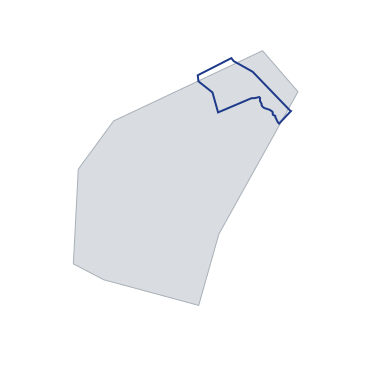 where Saint Peter sits in Barbados, rotated 66°
{"feature_id": "BRB-1997", "entity_name": "Saint Peter", "entity_type": "Parish", "adm_level": 1, "iso_a3": "BRB", "parent_name": "Barbados", "parent_adm1": "", "projection": "robinson", "projection_center": [-59.597, 13.271], "detail": "fine", "context": "in_parent", "style": "outline", "palette": "blue", "viewbox_px": 384, "rotation_deg": 66, "n_neighbors": 0, "source": "natural_earth", "source_scale": "10m", "svg_char_len": 872}
<svg xmlns="http://www.w3.org/2000/svg" viewBox="0 0 384 384"><g transform="rotate(66 192 192)"><path d="M236.3,308.3L209.4,329.6L124.9,286.6L95.2,234.7L91.6,70.1L143.5,54.4L241.4,184.6L298.3,232.0L236.3,308.3Z" fill="#d9dde1" stroke="#a8b0b8" stroke-width="1"/><path d="M158.3,68.7L164.9,84.6L163.3,85.2L157.8,85.4L156.5,85.1L156.4,85.0L156.2,85.0L154.6,86.6L154.1,86.6L153.6,86.6L153.3,86.3L153.0,86.2L152.5,86.1L152.0,85.8L150.7,86.2L148.5,87.6L144.5,92.0L142.3,93.0L140.8,93.1L140.3,92.7L140.0,92.6L139.7,92.6L139.4,92.7L139.1,92.7L138.4,92.6L138.0,92.6L137.6,92.7L137.1,92.9L136.6,92.9L135.8,92.6L135.2,92.3L134.6,92.0L134.3,91.7L134.0,91.6L133.8,91.5L133.5,91.6L133.2,91.8L132.6,92.0L131.7,96.7L130.5,99.5L129.9,135.8L109.4,132.8L93.6,141.1L87.7,139.3L85.7,101.6L89.4,100.7L106.8,87.7L157.5,69.3L158.3,68.7Z" fill="none" stroke="#1e3a8a" stroke-width="2"/></g></svg>